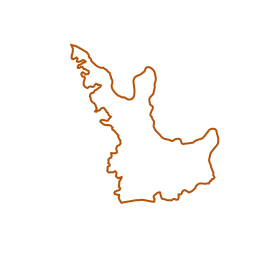 the district of Miguelópolis, São Paulo, Brazil, rotated 42°
{"feature_id": "56859067B41610080669691", "entity_name": "Miguelópolis", "entity_type": "district", "adm_level": 2, "iso_a3": "BRA", "parent_name": "Brazil", "parent_adm1": "São Paulo", "projection": "mercator", "projection_center": [-48.166, -20.191], "detail": "fine", "context": "isolated", "style": "outline", "palette": "amber", "viewbox_px": 256, "rotation_deg": 42, "n_neighbors": 0, "source": "geoboundaries", "source_scale": "gbopen_adm2", "svg_char_len": 4761}
<svg xmlns="http://www.w3.org/2000/svg" viewBox="0 0 256 256"><g transform="rotate(42 128 128)"><path d="M116.6,73.9L115.0,72.1L113.9,71.3L111.8,69.6L109.6,68.4L107.8,68.0L105.7,68.0L103.5,68.4L102.3,69.2L101.3,70.5L101.3,72.0L102.4,75.1L101.5,79.5L101.1,80.8L100.0,82.9L99.3,85.0L99.2,86.3L100.2,88.8L101.2,90.1L104.8,93.1L108.0,96.0L111.1,100.0L111.5,102.1L111.4,104.2L110.1,105.7L109.2,106.7L104.4,107.8L103.4,109.2L101.2,109.7L98.8,110.5L95.2,110.5L91.8,109.9L90.2,109.4L88.9,108.7L87.9,107.9L87.0,106.7L86.7,105.7L85.9,104.6L84.3,103.0L82.2,102.3L81.2,101.4L79.8,100.7L77.4,99.3L74.8,99.6L73.1,99.1L71.5,99.7L69.1,99.8L67.7,101.4L64.8,102.5L61.8,102.9L59.4,102.8L57.3,102.9L55.5,102.4L53.8,101.3L52.5,101.6L51.5,101.3L50.7,100.6L49.6,99.8L46.6,99.4L40.8,100.5L35.1,101.8L33.6,102.5L30.4,104.2L31.8,104.9L32.8,105.4L34.0,106.0L34.8,107.0L35.6,107.8L36.3,109.0L37.2,110.6L37.7,111.9L39.6,113.9L40.7,114.0L41.5,113.1L42.1,111.3L42.5,110.1L44.0,110.1L44.5,111.0L45.6,112.8L47.0,112.0L48.6,109.3L48.9,107.8L50.2,107.0L52.0,107.0L52.0,108.1L50.9,109.6L50.5,112.1L50.1,113.1L49.2,114.1L49.5,115.9L50.4,116.9L51.5,116.2L52.2,114.1L53.2,113.2L54.2,113.3L55.6,113.8L56.7,112.8L58.0,112.7L59.1,112.5L60.7,112.0L62.0,113.1L62.3,114.4L60.7,116.5L59.6,116.5L58.5,116.6L57.1,116.8L56.7,118.0L57.6,119.6L60.0,120.2L61.2,119.1L62.6,119.7L63.9,122.6L64.7,124.0L65.5,124.8L66.2,125.7L68.0,126.1L69.3,126.0L71.2,125.4L71.5,123.6L72.5,121.9L73.6,121.6L74.5,121.0L74.8,119.9L74.6,118.3L74.6,116.5L75.8,115.9L76.9,116.2L77.6,115.1L79.4,114.5L79.9,116.3L79.3,118.5L79.0,120.7L78.3,122.0L78.4,123.4L78.8,124.8L77.5,126.4L77.5,127.7L78.3,129.9L79.9,130.4L80.9,131.6L82.2,132.2L84.4,132.7L85.6,132.3L86.9,132.3L88.6,132.7L89.9,133.7L91.4,134.1L92.1,135.2L92.2,136.2L92.5,137.7L93.6,137.2L93.9,135.6L95.0,133.9L95.0,132.4L95.1,131.0L95.6,130.0L96.8,129.2L98.6,129.7L100.2,129.7L101.3,130.5L102.7,130.1L103.8,130.8L104.9,131.3L106.1,131.3L107.8,131.1L107.8,134.0L108.1,136.0L107.2,137.1L105.2,138.0L103.9,138.7L102.6,140.6L103.2,141.8L104.7,141.7L106.4,141.8L108.0,141.5L109.3,141.0L110.0,140.0L111.0,139.6L111.7,138.7L113.5,137.8L115.1,138.0L116.2,137.9L116.6,139.1L117.7,139.6L119.1,139.2L120.4,139.4L122.5,139.5L124.2,139.9L125.7,139.8L126.5,141.1L127.7,141.4L129.2,142.2L130.9,142.4L131.6,143.5L132.9,144.4L133.0,146.2L132.4,147.7L132.1,149.0L132.7,150.6L133.6,151.7L135.0,152.5L136.2,153.7L135.5,155.3L134.0,156.6L132.3,157.8L132.9,158.7L134.3,159.3L135.3,161.1L134.5,162.4L134.5,163.5L134.6,164.7L136.0,165.8L136.7,167.3L138.3,167.1L139.6,168.3L138.9,170.0L139.4,171.4L140.4,172.0L141.1,173.6L142.7,174.1L144.0,173.5L144.6,172.5L145.6,171.9L146.7,170.7L147.4,168.7L148.9,168.7L150.1,169.6L150.5,170.8L151.6,172.0L153.3,172.0L154.6,171.6L155.1,170.6L156.0,168.8L156.8,169.8L157.3,173.2L157.7,174.3L158.7,175.0L160.5,177.9L162.6,178.0L163.1,179.4L162.6,180.7L160.9,183.8L161.3,185.5L162.5,185.9L163.4,185.2L164.7,184.8L166.1,183.7L167.1,184.5L167.7,186.1L169.5,186.9L171.7,187.6L173.1,188.0L182.5,176.0L183.8,175.0L184.8,173.8L186.3,172.2L187.7,171.1L189.5,170.0L191.4,168.9L193.7,167.5L195.7,166.3L196.8,165.0L195.8,164.0L195.4,163.0L194.2,162.8L193.1,162.0L192.5,160.7L192.8,159.4L193.3,156.4L194.1,155.0L195.0,154.4L196.9,155.9L198.8,157.0L200.4,157.8L201.9,157.1L202.8,156.4L204.2,155.9L205.5,155.4L206.5,154.6L207.5,153.7L208.4,153.0L209.1,151.7L209.2,150.5L210.1,149.5L211.8,149.1L212.9,147.8L212.6,146.4L211.5,144.9L210.0,143.6L211.6,142.2L211.8,140.9L211.1,139.3L210.9,137.7L211.6,136.3L213.2,135.7L215.0,135.3L216.2,135.3L216.8,134.4L217.5,133.0L217.9,131.3L218.0,129.8L218.2,128.3L217.9,126.8L217.4,125.6L217.5,123.6L217.8,122.4L218.4,121.3L219.3,120.3L220.2,119.6L221.2,118.9L222.4,118.1L223.4,116.9L224.2,115.9L225.3,115.1L224.5,112.6L225.1,111.5L224.5,110.0L225.3,109.1L225.6,108.1L225.4,106.9L224.2,106.4L223.0,106.1L221.6,104.2L216.8,101.9L213.3,99.6L211.6,99.0L210.4,98.2L209.5,97.3L206.7,92.5L206.3,91.5L205.9,89.0L205.7,84.2L205.6,81.3L205.4,79.9L204.6,78.2L203.1,76.4L201.7,75.1L195.1,70.7L193.5,70.6L192.1,71.4L191.0,72.2L189.9,74.2L189.7,75.7L190.3,82.4L190.3,84.4L190.1,85.9L189.5,87.4L187.9,89.7L186.5,92.8L186.2,95.3L185.1,96.5L183.4,98.7L182.2,100.0L181.0,101.3L179.9,102.9L178.4,103.4L177.1,102.8L175.9,102.0L174.5,101.6L173.3,101.8L172.5,102.5L171.5,103.5L170.8,104.3L169.9,107.4L169.1,108.5L166.9,109.0L162.5,111.6L160.2,112.2L158.2,112.1L155.2,111.6L153.7,111.7L150.3,111.4L147.7,110.5L146.3,109.9L145.3,108.9L144.3,107.4L143.1,105.9L141.9,105.4L140.3,105.0L138.2,103.9L137.0,103.8L135.5,103.0L134.5,100.8L133.6,97.7L133.0,96.4L132.0,95.5L131.0,95.5L128.8,95.8L125.1,93.0L124.4,91.9L123.9,90.5L124.0,86.3L123.7,85.1L123.0,84.1L120.8,80.0L119.4,78.6L118.6,77.8L117.7,76.3L117.2,75.0L116.6,73.9Z" fill="none" stroke="#b45309" stroke-width="2"/></g></svg>